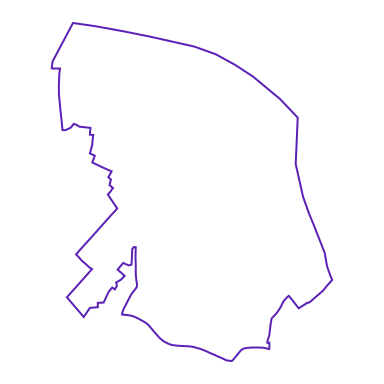 Tay Ho, Ha Noi, Vietnam (Natural Earth projection)
{"feature_id": "81297802B85279913761146", "entity_name": "Tay Ho", "entity_type": "district", "adm_level": 2, "iso_a3": "VNM", "parent_name": "Vietnam", "parent_adm1": "Ha Noi", "projection": "natural_earth1", "projection_center": [105.817, 21.069], "detail": "fine", "context": "isolated", "style": "outline", "palette": "violet", "viewbox_px": 384, "rotation_deg": 0, "n_neighbors": 0, "source": "geoboundaries", "source_scale": "gbopen_adm2", "svg_char_len": 3408}
<svg xmlns="http://www.w3.org/2000/svg" viewBox="0 0 384 384"><path d="M332.2,279.9L330.7,276.6L327.3,267.1L326.5,263.4L324.7,252.9L314.0,225.6L309.1,213.8L303.1,196.9L295.7,164.1L297.7,117.6L280.0,99.0L252.9,76.5L234.8,64.7L229.3,61.7L215.8,54.3L205.0,50.4L194.0,46.5L171.7,41.5L149.8,36.6L122.4,31.1L94.0,26.0L73.0,23.0L52.6,61.4L52.4,62.8L51.9,67.1L51.8,67.5L51.8,68.3L52.8,68.5L60.0,68.5L59.6,71.5L59.3,74.0L58.9,84.7L58.9,93.9L60.0,105.7L61.5,120.1L62.5,130.1L65.4,130.2L70.9,127.6L73.8,123.8L77.0,125.1L79.6,126.7L90.4,127.9L89.9,134.7L93.3,135.0L92.8,138.0L92.2,144.8L89.9,153.4L94.8,155.7L92.3,162.5L100.5,166.4L103.5,167.8L110.7,171.0L111.6,171.3L111.4,171.9L108.3,177.2L110.9,179.6L109.5,185.0L113.0,188.1L111.9,189.5L111.0,190.8L109.6,192.7L108.2,194.1L107.9,194.4L108.3,195.2L117.2,208.5L108.1,218.5L92.9,235.6L80.8,249.0L76.1,254.3L82.7,261.6L84.4,262.8L89.5,267.5L92.0,269.1L86.6,275.2L66.9,297.3L68.1,298.7L80.7,313.4L83.7,317.0L89.9,307.9L97.8,307.2L97.8,302.8L103.6,302.6L108.7,291.7L112.2,287.5L114.8,289.4L117.0,285.7L116.1,282.6L120.9,279.7L124.7,275.9L120.9,272.5L117.6,269.6L123.2,263.0L128.6,265.4L131.4,264.7L131.8,260.2L132.0,255.2L132.1,252.6L132.3,248.9L132.5,248.5L133.2,247.8L133.8,247.1L135.7,247.1L135.5,258.9L135.7,261.3L135.7,264.5L135.8,265.6L135.7,271.2L135.8,273.8L136.0,277.0L136.4,280.6L136.6,281.8L136.9,283.7L137.0,284.6L137.0,285.3L136.8,286.8L136.7,287.2L136.2,287.9L134.4,290.3L133.5,291.4L132.7,292.3L130.9,295.0L129.2,298.2L127.9,300.7L126.6,303.3L126.1,304.3L124.4,307.5L123.6,309.0L123.0,310.6L122.1,313.6L122.0,314.5L124.5,314.8L127.3,315.1L128.0,315.2L128.5,315.3L129.3,315.4L129.8,315.4L130.2,315.5L131.0,315.6L134.8,316.9L136.5,317.7L137.1,318.0L137.4,318.2L139.1,319.0L139.6,319.3L140.0,319.6L140.8,320.0L141.5,320.3L142.2,320.7L142.7,321.0L143.4,321.4L144.0,321.7L144.6,322.1L145.5,322.6L146.5,323.4L147.7,324.4L148.4,324.9L150.9,327.9L151.8,328.9L152.0,329.2L153.7,331.3L154.8,332.6L155.0,332.7L155.2,333.0L156.1,334.0L157.6,335.7L159.6,338.0L161.1,339.2L162.6,340.4L163.7,341.3L164.4,341.7L165.3,342.2L166.1,342.6L167.0,343.1L168.0,343.6L168.9,343.9L169.2,344.0L171.2,344.8L172.7,345.1L174.0,345.3L177.7,345.7L178.3,345.7L179.2,345.8L180.4,345.9L182.4,346.0L183.8,346.1L185.0,346.1L186.3,346.2L188.0,346.2L188.5,346.3L189.2,346.3L190.6,346.5L191.2,346.6L191.6,346.7L192.6,346.8L194.1,347.1L197.5,348.1L199.4,348.6L200.8,349.0L202.3,349.6L202.8,349.9L204.6,350.5L205.7,351.0L205.9,351.1L206.5,351.3L207.2,351.6L208.7,352.4L208.9,352.5L214.5,354.9L215.8,355.5L217.0,356.1L219.1,357.0L221.5,358.0L223.7,359.0L224.3,359.3L225.1,359.7L226.5,360.3L230.6,361.0L231.5,360.9L232.4,360.6L235.2,357.3L240.5,350.8L241.4,349.8L243.8,348.6L244.9,348.3L245.8,348.1L247.6,347.9L250.9,347.6L252.4,347.5L256.8,347.5L258.4,347.5L260.0,347.6L261.9,347.7L263.8,347.8L269.2,349.0L269.4,346.8L269.3,342.7L267.8,342.8L267.4,342.8L267.5,341.7L267.5,341.0L267.7,340.3L268.5,337.7L268.9,336.7L269.2,335.6L269.3,335.1L269.6,332.9L270.7,323.5L271.1,321.4L271.4,319.3L271.7,318.6L272.0,318.0L272.5,317.5L274.8,315.2L276.2,313.6L277.1,312.5L277.7,311.7L278.2,310.8L279.3,309.3L280.8,306.8L283.2,301.9L284.1,300.5L286.8,297.6L288.1,296.4L288.8,295.9L292.6,300.4L293.8,302.0L295.0,303.6L296.8,305.9L297.8,307.2L298.7,308.3L299.3,307.9L305.8,303.8L306.6,303.1L307.3,302.7L308.5,302.8L310.3,301.7L323.2,290.5L326.4,286.4L332.2,279.9Z" fill="none" stroke="#5b21b6" stroke-width="2"/></svg>